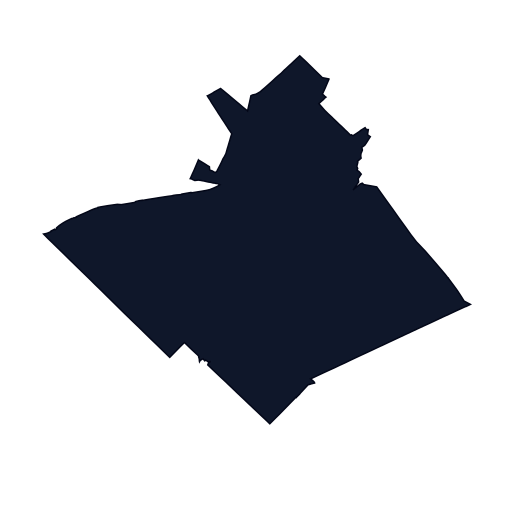 Daudzeses pag., Jaunjelgavas, Latvia, rotated 326°
{"feature_id": "27541924B85634825101780", "entity_name": "Daudzeses pag.", "entity_type": "district", "adm_level": 2, "iso_a3": "LVA", "parent_name": "Latvia", "parent_adm1": "Jaunjelgavas", "projection": "orthographic", "projection_center": [25.199, 56.482], "detail": "fine", "context": "isolated", "style": "filled", "palette": "ink", "viewbox_px": 512, "rotation_deg": 326, "n_neighbors": 0, "source": "geoboundaries", "source_scale": "gbopen_adm2", "svg_char_len": 5766}
<svg xmlns="http://www.w3.org/2000/svg" viewBox="0 0 512 512"><g transform="rotate(326 256 256)"><path d="M210.6,395.7L215.2,394.8L215.9,394.5L220.2,393.5L227.1,391.9L228.9,392.5L228.9,392.4L233.1,393.9L233.5,394.1L233.8,393.4L233.4,391.1L232.5,388.4L236.5,389.0L241.1,389.7L246.9,390.6L252.4,391.5L258.9,392.6L265.1,393.5L265.5,393.6L270.4,394.4L274.0,394.9L280.0,395.8L287.1,396.9L293.2,397.9L300.2,399.0L305.5,399.8L309.3,400.4L310.2,400.6L318.8,401.9L319.3,402.0L328.3,403.4L335.4,404.5L342.3,405.6L348.0,406.5L355.0,407.6L361.5,408.7L367.9,409.7L376.5,411.0L383.6,412.2L390.0,413.2L396.1,414.2L401.0,415.0L401.8,415.3L405.8,415.9L406.7,416.0L403.3,409.7L403.5,404.6L403.6,397.2L403.4,391.3L403.0,382.8L403.1,382.0L403.1,381.8L403.1,381.7L402.8,381.6L402.8,380.6L402.6,377.2L401.6,368.3L400.6,359.6L400.2,356.3L399.7,352.2L399.1,347.1L397.7,338.6L396.9,334.1L396.3,324.8L396.1,315.7L395.7,304.2L395.5,293.9L395.3,288.5L395.1,281.5L394.9,273.6L394.7,266.2L390.7,262.3L385.0,256.8L385.1,255.8L384.8,255.0L382.7,254.6L380.5,254.8L373.4,255.6L376.9,254.2L382.5,252.0L382.9,251.2L384.0,249.0L385.6,248.4L386.4,248.0L388.2,247.3L389.0,247.0L388.7,243.9L388.3,242.8L387.8,241.4L389.3,240.2L389.6,238.5L389.5,238.3L390.8,237.1L391.5,236.5L391.9,236.1L392.3,235.8L392.6,235.5L392.9,235.1L393.0,234.9L393.0,234.3L394.4,234.1L395.5,234.0L397.0,233.8L397.8,233.7L398.0,233.3L398.1,233.1L398.4,232.4L398.7,231.8L398.8,231.6L399.2,231.1L399.5,230.8L400.0,230.1L400.2,229.8L400.4,229.7L401.1,229.3L401.8,228.8L402.6,228.3L403.2,227.9L403.3,227.8L403.4,227.7L403.5,227.5L403.7,227.2L403.8,226.9L404.1,226.0L404.2,225.7L404.4,225.1L408.0,225.0L410.1,224.2L410.4,224.1L411.1,223.8L415.6,221.8L417.5,221.0L416.6,218.7L416.4,217.7L419.8,214.0L418.2,212.8L418.2,210.6L412.9,210.4L412.9,210.6L407.8,210.6L403.8,210.5L403.0,209.4L403.0,209.0L402.0,208.8L401.4,206.3L401.1,204.4L400.6,202.3L400.3,201.1L400.1,199.8L399.6,197.5L399.3,195.9L399.2,195.7L399.1,195.4L398.7,193.6L398.6,193.4L398.2,191.3L397.2,186.7L396.8,185.0L396.7,184.2L396.4,182.8L395.4,178.6L394.4,173.6L394.0,170.4L393.8,168.7L393.4,165.6L393.3,164.9L394.0,164.7L394.9,164.6L396.1,164.4L396.4,164.3L396.9,164.3L397.4,164.2L397.7,164.2L399.3,164.0L400.1,163.8L401.4,163.5L402.8,163.4L402.3,162.0L402.2,161.2L401.6,158.9L402.6,158.3L407.2,155.5L412.1,152.3L415.4,150.2L415.5,150.0L414.7,149.2L411.6,146.1L410.7,145.2L410.3,143.1L409.7,140.3L408.9,136.5L408.4,134.1L408.1,132.6L407.3,128.6L406.9,126.8L406.8,126.2L406.5,124.7L406.1,122.8L405.9,122.0L405.9,121.8L405.8,121.5L405.0,118.1L404.2,114.5L396.6,115.7L392.5,116.4L391.5,116.5L389.5,116.8L384.6,117.6L384.0,117.6L379.1,118.6L374.9,119.0L371.8,119.4L368.3,120.0L366.3,120.3L363.2,120.7L360.2,121.1L357.2,121.5L354.2,121.8L351.3,122.2L348.3,122.0L346.4,121.8L343.3,120.6L343.2,120.6L342.9,120.5L341.4,120.3L338.2,123.4L335.8,125.7L335.3,126.1L332.7,128.6L331.8,129.4L330.1,131.1L329.7,129.6L329.6,129.3L328.8,126.7L328.1,124.4L327.2,121.0L326.9,119.9L326.4,118.3L325.0,113.4L324.1,110.3L323.7,108.9L323.3,107.4L321.1,99.9L321.0,99.7L320.3,97.3L318.0,97.1L312.7,96.6L312.2,96.7L310.1,96.6L308.1,96.4L307.2,96.3L305.5,96.1L305.2,96.0L305.1,97.8L305.1,101.2L304.9,104.0L304.8,109.6L304.7,114.7L304.6,116.5L304.6,119.9L304.5,123.3L304.5,127.5L304.4,131.0L304.4,131.9L304.4,132.9L304.3,134.2L304.3,135.6L304.3,137.9L304.3,138.8L304.3,139.2L304.3,139.6L304.3,141.1L302.1,142.8L298.8,145.6L296.1,147.8L293.1,150.3L292.9,150.4L292.2,151.0L288.3,154.3L285.2,156.0L282.9,157.0L279.9,158.9L276.0,161.1L271.7,163.4L271.2,163.8L270.6,164.0L269.1,164.0L268.7,163.9L267.2,160.8L265.7,158.9L267.3,155.9L266.2,153.6L265.2,151.2L264.0,148.6L262.8,146.0L262.0,144.3L261.9,144.3L261.9,144.2L259.8,145.6L252.1,150.6L249.4,152.2L249.1,152.4L245.6,154.6L244.7,155.1L245.3,155.7L245.8,156.3L246.3,157.3L247.5,159.2L250.6,160.8L251.0,161.1L251.7,161.8L251.8,161.8L252.6,162.6L253.2,163.2L254.9,164.8L255.5,165.5L256.4,166.5L256.7,166.8L257.0,167.1L257.8,168.0L258.3,168.4L259.8,169.8L260.4,170.5L260.8,171.0L261.2,171.4L261.6,171.8L261.8,171.9L262.4,172.4L262.8,172.8L263.0,173.0L263.2,173.3L263.3,173.5L263.5,173.6L264.0,174.0L264.5,174.5L264.9,174.8L265.1,175.1L265.3,175.9L265.3,176.1L265.5,176.4L265.8,176.8L265.0,176.8L263.9,176.7L262.2,176.5L260.3,176.2L258.5,175.9L254.8,175.1L251.4,173.8L244.6,170.7L237.7,167.5L237.7,167.0L233.0,164.9L229.2,163.2L229.0,163.5L226.6,162.3L224.0,160.8L221.3,159.5L221.2,159.7L216.4,157.3L208.4,153.5L203.4,151.2L198.5,148.9L192.7,146.3L192.8,146.1L190.0,144.8L186.8,143.6L185.3,143.7L177.6,140.2L173.1,138.1L169.9,135.6L165.6,133.5L161.5,131.5L154.9,128.5L152.3,127.4L152.2,127.7L149.2,126.7L147.2,126.2L144.6,125.7L142.0,125.3L136.3,124.3L133.7,123.8L129.0,123.0L128.9,123.5L126.7,122.8L126.5,122.5L124.9,122.3L124.4,121.9L121.8,121.5L117.6,120.9L114.3,120.7L110.0,120.7L106.5,121.1L106.4,121.9L104.1,121.9L104.1,121.2L100.2,120.7L100.2,121.0L99.1,121.0L96.7,120.6L94.8,120.1L92.2,119.0L93.4,125.5L94.2,129.1L96.0,137.8L97.8,146.4L99.5,154.9L101.3,163.5L103.1,172.1L104.9,180.6L106.6,189.2L108.4,197.7L110.1,206.3L111.8,214.7L113.3,222.2L114.9,230.1L116.8,239.1L118.7,247.9L120.5,256.7L122.3,265.5L124.2,274.3L126.0,283.1L127.8,291.8L135.1,290.3L142.3,288.8L148.3,287.7L150.2,296.7L151.9,304.0L152.0,304.4L152.1,304.6L152.4,306.4L152.2,308.1L151.7,308.3L151.7,308.9L150.7,310.9L150.4,311.2L150.3,311.5L150.1,312.0L150.7,311.7L151.2,311.5L151.7,311.4L154.6,311.5L154.9,314.3L156.1,314.2L157.2,317.0L158.8,317.8L158.4,318.2L156.9,318.0L155.1,319.3L157.0,327.9L158.9,336.4L160.9,345.0L160.9,345.3L162.2,351.1L163.8,358.6L165.5,366.1L167.4,374.9L169.4,383.7L171.2,391.8L172.9,399.3L173.6,402.8L181.7,401.2L187.1,400.2L192.8,399.0L198.6,397.8L204.4,396.6L210.2,395.4L210.2,395.8L210.6,395.7Z" fill="#0f172a" stroke="#020617" stroke-width="1.5"/></g></svg>